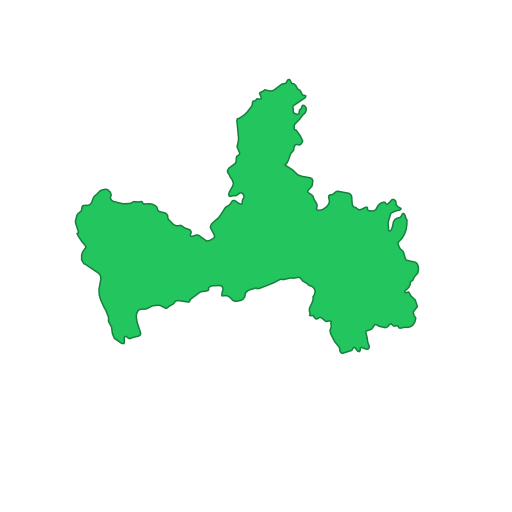 the Municipality of Chongqing, rotated 221°
{"feature_id": "CHN-1154", "entity_name": "Chongqing", "entity_type": "Municipality", "adm_level": 1, "iso_a3": "CHN", "parent_name": "China", "parent_adm1": "", "projection": "mercator", "projection_center": [107.845, 30.195], "detail": "fine", "context": "isolated", "style": "filled", "palette": "green", "viewbox_px": 512, "rotation_deg": 221, "n_neighbors": 0, "source": "natural_earth", "source_scale": "10m", "svg_char_len": 6163}
<svg xmlns="http://www.w3.org/2000/svg" viewBox="0 0 512 512"><g transform="rotate(221 256 256)"><path d="M261.5,210.8L263.2,210.4L264.0,209.9L269.4,204.9L270.7,202.8L270.8,200.8L269.6,199.4L269.6,198.4L271.0,196.3L273.8,193.3L274.5,192.0L277.0,180.5L276.3,177.6L276.6,177.0L285.8,171.1L287.1,169.1L287.0,165.4L288.5,161.4L289.0,158.4L289.6,157.3L295.7,155.9L297.7,154.5L301.3,150.7L304.2,143.8L307.9,140.4L309.0,138.6L309.1,137.2L308.5,134.9L307.6,133.0L306.3,131.4L302.4,128.1L293.3,122.6L292.2,121.9L291.5,120.6L292.0,118.6L295.5,113.7L297.1,110.7L298.6,110.2L300.9,110.2L302.0,109.4L302.1,108.6L301.8,107.8L298.9,104.8L298.2,103.3L300.1,101.9L308.8,100.9L313.3,103.1L318.5,107.6L324.5,109.9L326.9,112.9L333.6,116.4L337.8,117.9L344.8,121.2L348.9,123.9L352.7,127.9L357.9,136.7L359.8,138.6L361.3,139.4L363.5,139.7L379.4,137.8L380.8,137.2L385.1,138.7L388.1,142.2L389.5,145.2L390.1,151.1L391.6,151.8L397.1,152.7L403.2,154.4L405.8,155.6L405.3,156.5L405.7,157.6L414.0,162.7L415.2,163.9L417.8,169.1L418.1,171.1L417.4,175.4L419.4,178.8L419.7,180.3L418.8,181.5L416.0,184.1L415.2,185.4L415.0,187.3L415.3,189.0L416.9,193.0L417.2,195.0L416.6,198.4L416.5,202.3L416.0,204.1L413.2,207.9L411.3,208.7L407.7,208.6L405.2,206.9L404.3,204.7L403.1,203.7L401.4,203.3L399.3,203.7L391.1,207.9L389.9,208.8L385.5,213.1L383.8,217.0L380.2,219.6L378.2,222.0L377.6,222.2L375.4,221.5L374.7,221.8L370.2,225.9L367.4,227.4L365.0,227.9L362.6,227.7L360.2,226.1L359.2,226.0L357.6,226.4L353.0,228.8L351.2,229.1L349.1,228.5L347.5,226.8L345.9,226.2L338.6,225.6L336.1,226.5L334.6,227.7L333.1,229.6L332.2,230.0L328.2,230.4L323.1,232.4L320.8,231.7L320.2,231.0L319.4,228.7L318.3,228.1L317.1,228.9L314.9,232.6L313.6,233.7L312.4,234.1L303.1,234.9L301.3,237.0L299.6,241.7L299.9,243.4L301.6,244.6L309.1,247.6L310.1,249.3L310.5,251.0L310.4,253.3L309.4,260.1L309.6,264.0L310.9,272.0L310.8,273.4L309.5,277.1L310.0,282.4L308.5,283.9L303.6,284.4L301.2,285.2L300.9,285.7L301.0,286.6L302.9,289.3L303.6,292.5L304.7,293.6L305.8,294.1L308.4,294.2L309.4,293.1L310.5,288.7L312.7,286.6L314.5,284.1L315.1,283.7L316.0,283.8L317.0,284.6L318.1,286.8L319.6,293.9L320.7,296.0L324.2,298.0L326.9,298.5L329.0,299.6L332.4,300.6L333.6,301.8L334.1,304.7L332.4,312.3L333.2,314.5L335.4,317.4L335.9,318.8L335.2,321.2L335.2,322.1L335.7,322.9L342.0,326.0L344.5,330.7L346.2,333.2L359.4,345.8L360.1,347.3L358.9,349.1L357.4,354.9L357.1,358.6L357.5,366.0L358.0,367.7L359.3,369.4L359.8,370.9L358.4,372.6L358.4,375.3L355.9,377.0L355.3,378.0L356.2,379.2L359.7,380.8L360.1,381.3L360.1,382.2L358.9,384.8L358.3,387.3L354.7,389.1L352.6,390.7L351.4,392.7L349.3,402.6L346.8,406.0L347.5,409.3L347.4,410.2L346.7,411.1L345.6,411.1L342.4,409.7L340.3,410.8L337.6,410.7L334.2,409.4L331.2,409.9L327.0,408.2L325.6,408.3L324.2,409.4L323.4,409.4L322.8,408.4L322.8,407.4L326.5,393.4L326.0,392.5L324.2,391.4L322.9,389.7L321.8,388.9L320.2,389.0L317.9,389.8L317.0,390.9L317.2,392.1L318.9,394.6L318.6,397.2L319.6,399.3L319.5,400.5L318.6,401.1L317.2,401.1L315.5,400.7L314.3,399.8L313.1,397.4L312.8,395.7L313.2,393.4L312.8,387.8L313.2,380.9L312.8,379.7L310.1,376.6L308.2,377.3L301.3,375.7L296.2,373.4L295.7,372.1L295.5,369.5L296.1,368.2L298.7,366.7L299.2,365.3L298.9,363.7L297.0,360.4L296.9,355.8L294.3,349.2L293.6,346.2L294.0,344.1L293.7,343.7L285.2,345.0L277.7,344.7L273.5,346.3L267.1,350.2L265.7,350.8L264.0,350.9L262.6,350.2L260.0,346.5L259.6,344.9L259.8,339.9L259.2,338.4L258.4,338.1L253.5,338.7L252.1,338.4L249.4,336.8L244.4,335.3L242.7,333.8L241.2,331.2L240.3,330.8L239.7,330.9L238.4,331.8L236.8,333.8L235.9,335.6L235.1,339.1L235.1,341.9L235.8,344.5L236.7,345.7L239.8,348.0L240.6,349.4L240.4,350.5L238.5,352.7L237.8,357.0L237.0,358.4L227.0,364.3L225.2,364.5L223.8,364.2L222.5,363.4L217.9,358.7L215.9,357.4L214.3,357.2L212.2,358.1L209.2,358.2L208.2,358.8L207.1,360.3L205.3,364.6L204.4,365.6L203.5,365.5L202.3,364.1L201.2,364.1L199.7,364.8L197.0,367.0L196.2,368.6L196.1,370.2L197.0,374.2L196.8,376.6L196.2,378.4L194.9,380.5L194.0,381.1L192.0,380.7L191.2,380.9L190.6,381.8L190.5,383.1L190.3,388.0L189.1,389.1L186.6,389.1L183.4,386.4L180.9,386.3L177.8,387.0L177.4,386.6L177.5,385.2L180.0,381.8L182.1,377.3L182.2,376.5L178.4,368.2L172.9,362.5L172.1,362.3L171.4,362.6L171.1,363.4L171.2,364.9L172.1,367.4L174.6,371.8L175.1,374.6L174.3,377.2L172.5,379.7L172.5,381.1L173.1,383.5L172.9,384.7L172.0,385.0L170.5,384.6L167.4,382.7L165.8,382.3L162.9,378.9L160.1,374.6L158.3,370.0L157.4,365.4L157.6,359.6L156.8,358.4L155.4,357.5L152.2,356.1L148.6,356.0L147.3,355.7L141.9,352.2L140.2,351.6L139.2,351.8L131.5,355.9L129.3,355.9L126.5,354.5L124.7,352.6L123.1,350.0L122.7,348.7L122.8,344.2L121.7,340.6L122.4,337.8L120.8,335.3L120.1,332.5L120.6,327.3L120.4,326.6L119.8,326.2L118.7,326.6L117.5,328.7L117.0,329.0L112.7,327.5L107.1,327.3L103.9,325.5L101.5,324.0L100.9,323.2L100.8,318.7L100.4,316.6L97.7,314.8L94.7,314.0L92.8,310.4L92.3,307.2L92.7,304.7L94.2,302.2L97.5,299.2L99.4,296.5L100.8,295.6L103.1,296.2L103.8,296.0L105.7,293.7L106.4,293.4L109.6,293.5L110.2,292.2L110.2,289.0L111.3,286.8L116.9,283.7L119.9,283.2L121.2,282.5L121.2,280.3L120.8,278.2L121.0,276.0L123.1,272.6L123.5,271.8L123.4,271.1L122.7,270.2L118.7,267.4L115.0,264.2L111.3,262.2L110.6,261.3L110.3,259.8L110.4,259.1L111.4,258.1L116.6,256.1L116.9,255.0L115.3,252.8L115.4,251.5L117.0,250.9L121.2,251.7L122.0,251.3L122.4,250.5L121.8,248.1L122.0,247.2L126.9,239.2L127.8,238.8L129.0,238.9L130.4,239.4L132.1,241.0L133.8,241.9L140.1,242.9L148.5,246.2L151.2,248.2L153.0,252.3L155.0,253.9L156.2,255.7L157.0,255.8L158.1,255.1L159.8,252.8L160.6,252.4L166.0,252.3L167.5,251.7L168.1,250.5L168.4,249.0L169.4,247.8L171.2,247.8L173.8,248.5L175.8,246.6L176.6,246.4L177.6,248.2L179.8,249.6L181.5,251.9L183.0,257.4L184.0,259.7L185.0,261.6L186.1,262.4L186.7,265.5L188.2,268.1L189.0,268.8L190.7,269.6L193.2,269.9L197.1,268.5L199.5,268.7L204.4,267.8L208.4,268.5L209.3,268.2L210.3,267.4L212.8,264.2L215.8,261.8L219.5,256.5L222.4,254.3L225.0,247.5L232.0,234.0L233.5,232.2L235.0,231.9L239.1,225.4L239.8,221.7L237.6,217.6L237.4,214.7L238.2,212.7L241.1,208.9L242.6,207.8L244.5,207.3L248.7,207.7L250.7,207.4L252.6,206.5L255.4,203.7L256.4,204.1L259.3,209.5L260.1,210.2L261.5,210.8Z" fill="#22c55e" stroke="#15803d" stroke-width="1.5"/></g></svg>